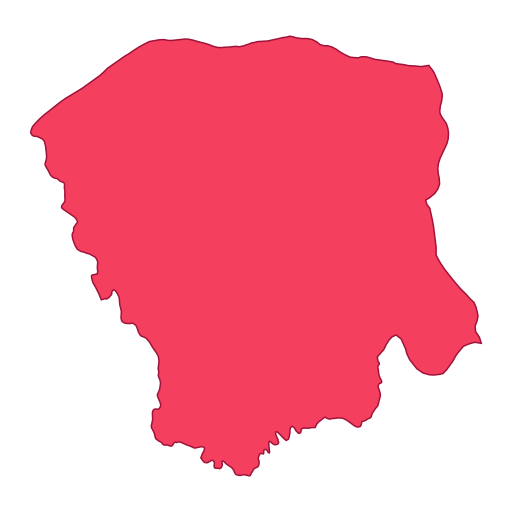 Adi Tekeliezan, Anseba, Eritrea (Natural Earth projection)
{"feature_id": "51966322B26692993849308", "entity_name": "Adi Tekeliezan", "entity_type": "district", "adm_level": 2, "iso_a3": "ERI", "parent_name": "Eritrea", "parent_adm1": "Anseba", "projection": "natural_earth1", "projection_center": [38.763, 15.608], "detail": "fine", "context": "isolated", "style": "filled", "palette": "rose", "viewbox_px": 512, "rotation_deg": 0, "n_neighbors": 0, "source": "geoboundaries", "source_scale": "gbopen_adm2", "svg_char_len": 5966}
<svg xmlns="http://www.w3.org/2000/svg" viewBox="0 0 512 512"><path d="M429.0,65.4L421.0,66.6L415.5,66.0L408.8,65.7L403.5,64.6L397.1,63.8L394.9,63.2L393.3,62.1L386.8,61.0L375.1,59.4L366.8,56.9L363.9,56.7L361.1,56.8L358.5,57.8L354.4,57.6L350.5,57.2L348.9,56.6L343.3,53.9L339.0,51.3L336.2,49.2L331.9,47.0L327.5,45.7L325.2,45.8L322.4,45.3L319.8,44.4L316.6,41.8L312.6,39.7L309.0,38.8L306.1,38.5L302.5,38.6L296.6,37.9L292.9,36.8L289.7,36.2L287.1,37.0L283.2,37.5L276.8,39.0L267.6,41.0L257.3,41.6L254.2,42.5L251.6,42.9L248.6,44.2L246.0,44.9L244.0,45.8L239.3,46.8L235.7,46.3L228.9,47.1L223.7,47.3L221.6,47.6L217.4,47.4L214.2,46.6L207.8,44.2L204.3,43.2L201.2,42.5L192.4,40.0L188.4,39.2L185.3,39.0L172.4,40.4L169.1,40.5L163.9,39.6L160.2,39.7L156.4,40.3L149.4,41.5L143.9,44.3L138.7,47.2L133.4,50.6L128.2,54.2L124.7,56.2L117.0,61.6L107.3,68.4L103.9,71.9L99.5,75.8L82.0,88.4L65.5,98.4L60.4,102.0L44.2,114.8L39.8,118.7L34.8,123.9L32.5,126.7L31.3,129.7L30.7,132.8L31.8,134.8L32.6,135.5L33.7,136.1L37.3,136.5L42.0,138.8L43.1,139.7L43.9,140.7L44.5,141.9L45.0,143.7L45.5,146.2L46.2,151.6L46.6,156.1L46.5,158.3L45.1,163.6L45.1,164.6L45.7,166.4L48.7,171.3L49.6,173.5L50.4,174.9L51.6,176.3L53.3,177.5L54.5,178.1L56.6,178.4L57.3,178.7L60.3,181.3L63.4,182.4L64.1,183.1L64.5,184.3L64.4,188.3L64.9,190.9L64.8,195.2L65.0,200.1L64.8,201.5L62.3,204.9L61.8,205.9L61.5,206.9L61.7,207.7L62.4,208.6L64.4,210.1L74.3,216.9L75.9,218.6L77.5,221.4L77.2,222.5L74.1,226.9L73.6,228.2L73.6,230.6L73.4,231.9L72.4,233.5L72.2,234.5L72.3,236.6L73.0,239.8L74.1,243.0L75.5,246.3L77.2,249.0L79.0,250.4L81.3,251.5L84.0,252.2L87.1,253.4L89.5,254.0L95.2,257.1L95.9,258.0L97.2,260.5L97.7,262.2L97.3,267.5L97.7,271.5L97.2,274.1L96.3,274.1L92.4,275.0L91.5,275.6L91.6,277.6L92.3,280.7L93.2,283.1L95.3,286.7L98.7,293.4L101.3,299.8L105.2,298.6L105.9,299.0L106.9,298.9L107.6,298.1L108.7,297.9L111.6,294.4L111.7,293.2L112.0,291.4L112.8,290.3L114.0,289.9L115.1,290.6L116.3,292.0L117.4,293.8L118.7,296.3L119.2,297.9L119.8,304.7L121.4,311.6L121.0,317.6L121.4,319.9L121.7,320.9L122.3,321.5L123.2,322.3L125.2,323.3L129.8,323.6L132.4,323.1L133.2,323.4L135.6,325.1L136.3,326.1L136.8,327.1L138.5,332.2L139.8,334.6L141.1,336.0L145.2,337.6L146.7,338.7L147.8,340.2L149.2,341.6L152.8,347.7L156.8,353.4L158.0,355.6L158.6,357.7L159.0,361.6L158.2,368.3L158.2,369.2L158.8,371.5L158.3,375.3L158.5,376.4L160.1,380.5L160.4,382.2L160.5,383.5L159.8,388.3L159.2,390.5L157.7,393.8L157.4,394.9L157.4,395.9L160.3,403.0L160.6,404.2L160.6,405.4L160.5,406.4L159.9,407.6L158.8,408.9L157.7,409.2L155.0,409.0L153.9,409.5L153.2,410.3L152.7,411.3L152.4,412.8L152.6,419.9L151.3,425.8L151.5,427.3L151.7,428.1L154.1,432.6L155.4,437.9L156.0,438.9L159.2,441.4L161.0,442.0L161.6,442.6L162.6,444.1L163.3,444.6L164.8,445.1L167.4,445.0L170.8,446.2L171.9,445.9L172.8,444.9L174.1,442.7L175.0,442.3L176.8,442.5L178.0,442.0L179.0,441.9L180.2,442.1L182.1,442.8L185.5,444.4L190.8,446.4L194.2,448.0L195.2,448.0L200.9,446.8L202.3,446.8L203.4,447.0L204.2,447.9L204.5,448.7L204.3,450.1L202.0,454.5L201.8,455.4L200.8,457.9L203.6,461.6L204.6,462.4L206.9,462.8L207.9,462.5L211.4,460.5L212.5,460.3L213.6,461.2L214.3,462.1L214.4,463.7L214.1,465.3L214.0,466.4L214.6,467.9L215.9,468.3L217.7,468.1L219.6,468.7L220.4,468.3L221.1,467.8L221.7,466.8L222.2,465.3L222.3,464.1L221.9,462.0L222.3,460.9L223.6,461.3L226.7,464.3L230.7,466.9L232.1,468.1L232.8,468.9L233.9,470.6L234.5,472.4L235.3,473.7L236.0,474.5L238.5,475.3L240.4,475.4L243.0,474.8L244.9,474.8L246.8,475.2L248.2,475.7L249.4,475.8L250.2,475.5L250.8,474.6L251.7,472.2L252.4,471.8L253.4,469.6L254.2,468.6L257.3,467.1L258.1,466.5L258.5,465.8L259.0,464.0L259.1,462.8L259.0,461.0L258.3,458.9L258.4,457.1L259.6,454.5L260.4,453.6L261.2,453.3L263.2,454.0L263.7,453.4L263.8,450.3L264.4,449.6L266.2,449.5L267.0,450.3L268.3,452.6L269.3,452.9L269.6,451.8L269.2,448.9L268.8,444.5L268.9,442.4L269.1,441.6L269.5,441.3L270.1,441.5L272.8,443.8L273.8,444.4L274.7,444.7L275.8,444.7L277.0,444.4L278.0,443.9L278.5,443.0L278.7,442.1L278.0,440.7L278.0,439.6L276.3,436.0L275.6,433.8L275.6,432.1L276.7,431.9L277.4,432.1L278.3,432.8L284.9,439.5L286.2,440.4L288.2,439.4L288.6,438.7L289.4,435.9L290.0,432.2L289.9,430.2L290.2,428.7L290.9,427.2L291.8,426.4L292.6,426.6L293.7,427.3L294.5,428.1L296.0,430.8L298.6,433.4L299.7,433.2L300.5,432.6L301.0,431.6L301.0,430.5L301.5,429.3L302.2,428.4L303.7,428.1L309.6,428.1L311.4,427.6L315.1,427.6L316.8,424.0L318.6,422.0L323.9,417.8L324.8,417.4L325.6,417.5L327.2,418.4L329.3,419.0L330.8,419.0L332.6,418.4L334.0,418.5L337.3,418.0L339.1,417.9L342.4,418.2L344.3,418.9L347.5,420.7L354.4,425.8L356.0,426.6L357.2,427.0L358.5,427.0L359.3,426.8L360.1,426.5L360.7,425.8L361.3,424.2L361.9,422.0L362.3,421.3L364.9,420.8L368.0,418.8L370.1,418.0L371.0,417.1L371.9,414.3L372.6,412.8L375.3,408.7L377.8,405.8L380.2,396.4L380.4,394.1L379.3,390.2L378.1,387.1L378.2,385.8L378.7,384.4L379.5,383.4L380.9,383.1L381.7,382.2L381.6,381.0L380.0,377.8L379.3,376.1L378.9,374.4L378.5,371.9L378.5,370.8L377.8,367.4L377.8,366.2L379.0,364.7L379.4,363.8L379.1,362.7L378.0,361.4L377.3,356.9L383.6,349.8L384.4,348.4L386.0,344.9L389.3,339.7L392.3,336.7L396.1,335.0L401.2,339.0L405.5,348.7L406.9,353.8L409.7,359.7L416.8,368.7L423.0,373.0L429.5,374.8L433.8,375.0L439.2,374.4L443.0,373.5L446.5,369.9L453.0,360.9L455.6,356.1L458.0,352.7L463.3,346.4L466.9,344.7L471.2,343.2L475.0,342.3L481.3,343.3L479.4,337.2L475.6,331.6L475.1,326.0L476.9,321.5L478.0,316.3L477.2,311.9L475.9,306.8L474.0,302.5L469.9,298.6L466.6,294.8L460.1,288.3L455.0,282.4L444.9,269.7L440.5,263.2L438.1,259.0L436.1,255.1L436.1,247.1L433.6,227.1L432.7,221.7L429.8,208.2L427.0,204.7L425.6,200.1L429.2,198.0L434.8,193.4L437.9,188.9L439.6,184.0L439.2,178.4L438.2,173.3L437.8,168.5L438.5,163.2L440.2,158.0L446.9,143.7L448.2,138.7L448.5,133.3L447.9,128.4L446.3,123.5L442.0,117.3L440.7,114.9L439.9,112.7L439.8,110.8L440.3,106.1L441.4,102.3L442.2,96.9L442.2,94.7L441.8,92.3L440.3,87.7L438.4,82.7L434.2,72.9L432.8,70.6L429.6,66.6L429.0,65.4Z" fill="#f43f5e" stroke="#9f1239" stroke-width="1.5"/></svg>